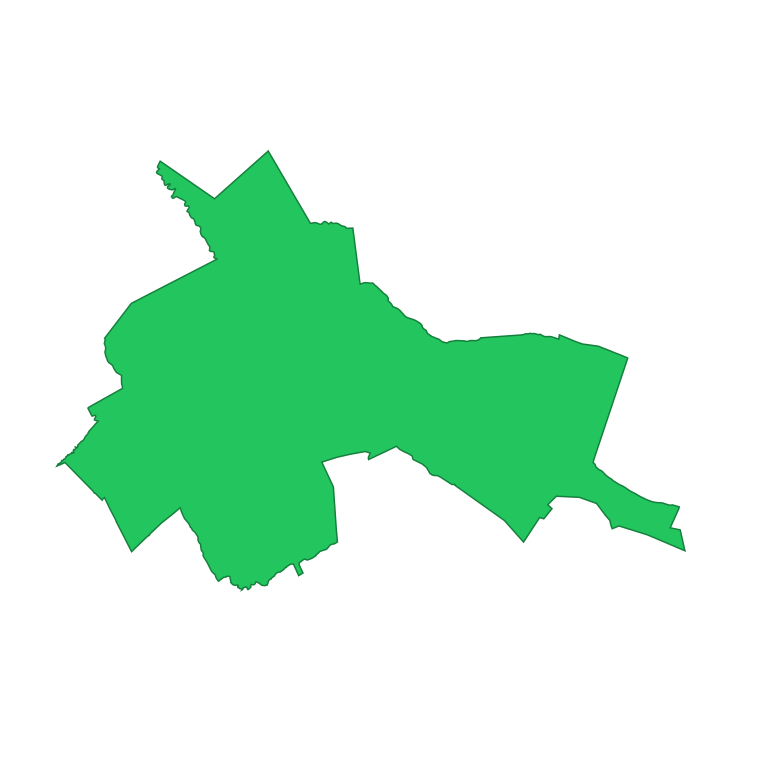 Santiago, Nuevo León, Mexico (Robinson projection), rotated 186°
{"feature_id": "50627088B26802208573865", "entity_name": "Santiago", "entity_type": "district", "adm_level": 2, "iso_a3": "MEX", "parent_name": "Mexico", "parent_adm1": "Nuevo León", "projection": "robinson", "projection_center": [-100.188, 25.372], "detail": "fine", "context": "isolated", "style": "filled", "palette": "green", "viewbox_px": 768, "rotation_deg": 186, "n_neighbors": 0, "source": "geoboundaries", "source_scale": "gbopen_adm2", "svg_char_len": 6149}
<svg xmlns="http://www.w3.org/2000/svg" viewBox="0 0 768 768"><g transform="rotate(186 384 384)"><path d="M431.3,535.8L437.4,534.9L439.4,536.5L442.8,536.9L446.2,538.6L448.3,539.0L451.5,538.3L453.5,539.4L454.2,538.9L454.9,537.5L455.2,537.4L455.7,537.5L458.0,538.9L459.7,539.5L460.3,539.3L461.4,538.4L461.9,537.9L462.3,536.9L464.0,536.2L465.2,536.3L468.0,537.2L469.4,537.3L474.0,536.1L523.5,603.6L571.9,550.5L629.9,582.2L631.9,576.7L631.9,575.9L631.5,575.3L630.4,574.8L629.8,574.4L632.1,571.7L632.3,570.8L632.1,570.1L630.7,569.3L626.5,567.6L626.3,567.1L626.4,564.8L626.1,564.4L623.8,562.9L623.6,560.8L623.3,559.9L622.7,558.9L622.0,558.7L620.0,560.1L618.9,560.2L618.2,560.8L617.8,560.7L617.6,560.1L617.7,559.5L618.1,558.9L619.4,558.4L619.8,557.5L619.8,556.4L619.2,555.8L618.1,555.3L615.2,554.9L613.8,555.4L612.7,556.5L612.0,556.5L611.7,556.3L611.7,555.7L612.9,553.0L613.4,550.7L613.7,550.0L614.8,548.7L614.9,547.8L614.5,547.3L613.2,546.7L612.2,547.1L610.7,548.5L609.9,548.6L608.0,548.0L606.0,547.1L604.4,546.7L601.4,545.4L600.4,544.5L600.3,543.6L601.1,542.3L600.8,540.8L600.3,540.3L599.2,540.1L597.1,540.7L596.5,540.1L596.2,539.4L596.5,538.4L597.8,536.1L597.9,535.1L597.5,534.7L596.8,534.8L596.1,534.5L595.3,533.1L594.9,531.6L592.8,529.1L590.5,528.4L589.4,526.5L588.2,523.3L587.8,522.7L586.6,522.0L585.0,522.0L584.3,521.7L583.0,520.7L582.5,519.8L582.4,518.8L582.7,516.7L581.9,514.2L580.4,512.0L579.3,511.2L577.4,510.4L573.1,503.9L571.9,502.8L571.6,502.4L571.5,500.4L571.6,498.5L571.1,498.1L570.2,497.7L568.0,497.8L567.2,497.6L566.8,497.1L565.9,494.4L566.0,493.7L566.5,492.8L566.3,492.0L565.7,491.6L563.5,491.1L563.2,490.9L563.3,490.6L643.7,437.8L666.7,400.2L665.8,398.9L666.4,395.5L666.2,394.5L665.1,392.7L664.7,391.4L664.5,389.2L664.9,386.6L663.5,382.4L662.1,380.0L661.3,378.0L659.8,376.4L656.4,374.5L655.6,373.6L654.2,371.0L652.0,368.3L650.9,367.3L646.5,365.4L645.8,364.9L645.7,362.3L645.0,357.0L643.7,353.2L643.8,352.2L672.3,332.1L675.6,329.6L675.9,329.0L675.6,328.5L671.2,321.7L670.8,321.6L668.3,322.6L667.8,322.5L667.3,322.1L667.2,321.3L668.3,318.7L668.2,318.0L667.0,317.6L666.0,317.6L664.5,317.2L672.5,306.0L672.9,305.1L673.4,303.3L675.5,300.5L676.6,297.5L678.3,295.4L678.9,295.4L682.2,291.1L682.1,289.4L682.5,288.5L683.0,288.4L683.8,289.1L684.5,289.0L684.0,288.3L684.2,286.9L684.4,286.5L684.8,286.3L685.6,286.4L686.0,285.7L686.0,285.2L685.3,283.8L685.4,282.9L686.0,282.8L687.0,283.5L687.4,283.2L687.6,282.9L687.5,282.1L688.4,282.0L690.0,280.4L690.7,280.7L691.0,280.6L691.6,279.2L692.6,278.6L692.6,277.8L693.7,276.1L694.5,275.8L695.3,274.4L696.5,274.2L696.8,272.7L697.0,272.3L697.7,271.9L697.9,271.3L699.7,270.5L700.7,268.2L693.0,272.5L662.3,247.2L660.7,245.2L660.0,245.4L652.2,239.0L651.6,240.3L650.1,241.8L642.9,230.2L636.5,220.6L636.2,219.6L617.5,190.9L603.0,208.2L602.3,208.3L601.3,209.5L601.5,209.9L590.8,222.5L581.4,231.7L573.8,239.6L572.8,237.7L572.3,236.1L568.4,229.4L564.5,225.7L563.0,224.0L561.5,221.2L560.5,220.6L559.3,218.7L556.0,216.4L553.0,212.3L552.6,209.1L551.7,207.4L550.6,206.1L549.5,205.4L549.5,204.3L548.4,199.7L545.9,196.9L546.1,194.6L545.0,192.8L541.2,188.0L536.3,180.3L534.9,178.8L532.0,176.7L531.6,176.1L531.1,174.4L530.1,172.9L528.1,170.6L527.1,171.2L526.6,172.1L526.0,172.6L525.4,172.8L523.7,174.6L522.6,175.3L521.2,175.4L519.9,176.3L518.8,176.7L518.0,176.6L517.1,176.2L516.4,173.6L516.0,172.9L515.7,170.7L513.6,168.8L511.4,168.1L510.1,168.4L508.9,168.9L508.4,168.7L508.2,168.5L508.2,166.5L508.0,166.4L507.5,166.4L507.4,166.7L506.9,166.0L506.1,165.4L503.9,165.3L503.6,164.9L503.8,164.4L503.0,165.0L502.6,166.9L501.8,166.9L500.6,167.6L499.3,167.6L498.1,165.4L497.3,165.5L495.2,168.0L495.4,169.7L495.2,170.7L493.2,170.6L492.1,170.9L491.4,171.7L490.9,173.4L490.5,173.9L489.2,173.6L487.0,172.6L484.3,171.0L481.4,171.0L479.1,171.9L478.2,176.2L477.2,177.6L476.1,178.0L475.7,179.0L474.8,180.0L473.1,181.4L472.0,183.6L471.2,184.5L469.6,185.8L467.4,186.2L466.7,187.1L466.0,187.5L464.0,189.4L462.6,191.6L462.1,191.3L460.9,192.9L460.2,193.3L458.8,194.7L458.5,194.6L457.9,195.1L455.2,195.4L448.8,184.5L444.8,187.6L449.5,195.3L449.6,197.6L447.8,198.8L447.4,199.5L444.9,201.5L444.0,201.5L442.2,200.9L441.6,201.0L438.8,202.4L438.4,203.0L437.7,202.9L433.7,206.2L433.4,207.4L432.5,208.0L430.1,210.9L423.9,213.6L423.2,214.5L420.6,218.4L418.7,219.3L416.7,219.8L413.8,222.0L416.3,234.8L423.6,276.4L437.7,299.8L422.9,306.3L410.6,310.5L395.7,314.9L390.6,313.9L390.7,313.1L391.8,309.6L391.9,309.1L391.4,307.3L365.0,323.4L361.7,320.7L356.1,318.4L352.4,317.2L348.5,315.4L347.2,312.0L337.5,308.4L333.0,305.4L328.8,299.7L326.7,298.6L324.9,298.2L321.2,298.5L317.9,297.2L305.9,291.1L303.2,291.7L302.7,291.1L302.9,290.7L250.1,260.9L228.7,241.4L215.2,267.5L211.0,266.6L203.9,277.6L208.5,281.0L200.9,290.4L177.8,291.7L160.1,287.4L149.9,276.4L145.2,272.0L143.4,266.8L141.9,263.9L135.5,267.4L106.2,261.5L67.3,249.6L74.2,269.9L84.3,270.9L77.7,291.0L77.6,292.7L84.5,293.9L86.5,293.4L88.6,293.5L94.0,294.7L95.6,294.8L100.2,294.6L104.3,294.8L109.7,296.1L116.2,298.4L120.1,300.0L122.7,301.3L126.4,302.6L129.3,304.0L133.3,306.2L136.6,307.7L139.1,308.4L144.2,310.9L145.3,311.3L146.8,312.3L147.5,313.0L150.4,314.4L153.9,316.5L157.5,319.7L159.7,320.9L161.2,321.3L164.5,323.6L165.8,326.2L167.4,327.4L167.8,327.9L167.3,331.4L144.3,435.2L146.1,435.9L174.8,444.0L190.6,444.5L197.9,446.2L214.7,451.2L214.9,446.9L222.4,448.5L224.4,448.5L227.8,448.0L229.8,448.1L232.0,448.9L233.7,449.8L235.7,449.2L240.0,449.9L241.3,449.6L244.5,449.6L245.5,449.0L249.0,448.6L249.9,447.9L251.8,447.3L292.7,440.0L293.5,438.7L296.4,436.8L303.1,436.2L304.0,435.6L305.6,435.1L307.7,435.1L308.7,435.3L317.1,434.8L319.5,433.9L321.7,433.5L323.5,432.9L324.8,431.9L326.0,431.4L330.4,432.0L333.7,434.1L335.1,434.6L337.0,434.9L338.8,435.6L340.9,436.0L345.6,438.6L346.8,439.9L347.6,441.7L350.3,443.0L351.7,444.4L352.4,446.4L354.6,448.3L359.6,450.6L361.7,451.2L367.6,452.4L369.7,453.3L376.2,459.1L378.5,460.5L383.4,461.9L384.8,464.1L386.5,465.7L388.6,467.0L388.7,469.7L390.2,471.8L391.9,473.1L394.0,474.2L395.7,475.7L400.2,479.1L401.3,480.1L403.1,481.0L404.3,482.2L405.7,483.2L408.6,482.9L413.0,482.9L414.6,482.5L418.2,480.8L431.3,535.8Z" fill="#22c55e" stroke="#15803d" stroke-width="1.5"/></g></svg>